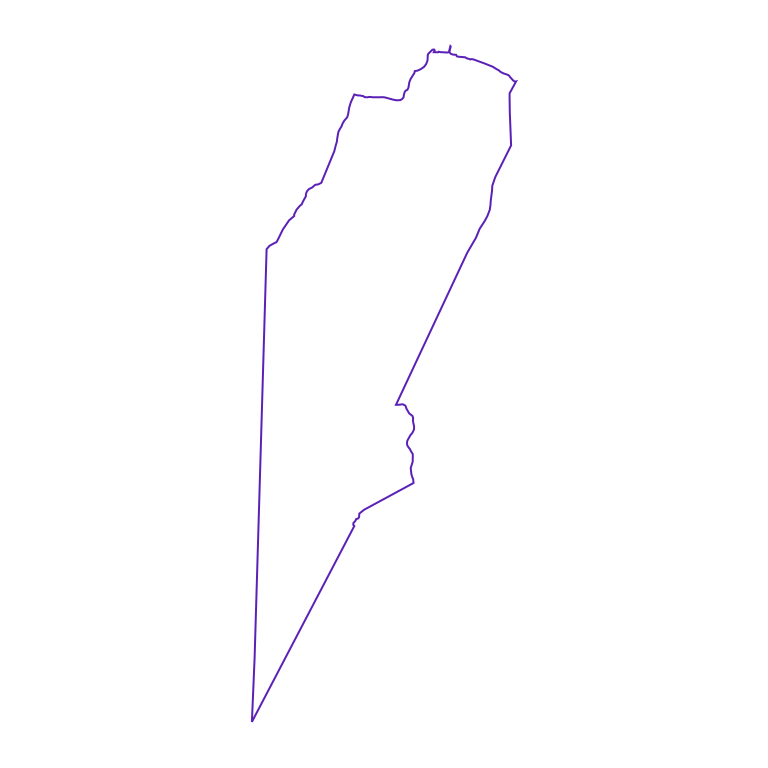 Gagaemauga III, Gaga'emauga, Samoa (Albers equal-area conic projection)
{"feature_id": "51752279B15532907109577", "entity_name": "Gagaemauga III", "entity_type": "district", "adm_level": 2, "iso_a3": "WSM", "parent_name": "Samoa", "parent_adm1": "Gaga'emauga", "projection": "albers", "projection_center": [-172.363, -13.506], "detail": "fine", "context": "isolated", "style": "outline", "palette": "violet", "viewbox_px": 768, "rotation_deg": 0, "n_neighbors": 0, "source": "geoboundaries", "source_scale": "gbopen_adm2", "svg_char_len": 1978}
<svg xmlns="http://www.w3.org/2000/svg" viewBox="0 0 768 768"><path d="M516.1,81.4L515.1,81.6L513.5,80.8L510.0,77.0L509.2,75.7L507.9,74.9L503.5,73.4L500.4,71.8L498.8,70.3L496.5,69.1L492.9,66.8L484.9,63.6L473.4,59.4L471.2,59.1L470.4,59.4L466.5,58.2L465.2,57.3L458.3,56.7L456.8,56.3L456.1,54.8L452.9,54.6L450.6,53.7L449.4,52.0L450.7,46.4L450.4,46.1L448.9,52.0L447.8,52.5L445.1,52.4L440.2,52.1L438.7,51.7L438.0,52.3L433.8,52.2L434.7,50.3L434.0,49.5L432.4,49.7L428.2,53.9L427.7,55.6L427.7,57.8L427.4,60.9L426.0,64.3L424.0,66.9L420.8,69.1L417.6,70.6L414.8,71.1L414.4,73.0L410.7,78.8L409.3,82.3L408.5,87.5L407.4,89.8L405.9,90.5L404.6,92.1L403.8,95.4L403.5,97.5L402.0,99.1L400.3,100.1L396.6,100.3L393.3,99.7L385.2,97.5L383.4,97.2L373.3,97.3L369.5,96.9L367.4,97.3L364.5,97.1L363.5,96.2L360.0,95.5L357.6,95.4L354.3,94.5L353.4,96.6L350.8,102.3L349.2,107.6L348.1,114.3L347.2,117.3L344.4,120.5L342.7,123.3L341.3,126.8L339.9,128.9L338.4,131.9L337.4,137.4L336.8,142.0L335.8,145.2L334.3,151.2L321.3,182.8L318.2,184.4L315.2,184.8L312.3,187.4L308.9,189.1L306.9,191.4L305.9,194.2L305.9,196.2L302.9,201.6L301.8,204.2L299.7,206.0L296.6,209.6L294.1,214.7L294.2,216.0L289.1,220.3L282.9,229.4L278.0,239.4L276.4,242.3L274.9,242.8L269.5,245.8L266.6,249.2L259.1,505.7L254.6,658.0L251.9,721.9L354.3,526.0L353.3,524.9L353.4,523.1L355.6,520.6L356.0,519.2L358.3,518.4L359.1,517.0L359.3,513.6L364.0,509.8L413.5,483.0L413.2,479.2L412.2,477.0L411.4,474.2L410.7,468.1L412.7,461.7L412.8,454.8L412.5,453.5L411.2,451.7L409.9,449.0L408.4,447.2L407.2,445.1L407.0,442.8L407.3,440.8L410.3,435.3L412.5,432.7L414.0,429.4L414.1,426.6L413.0,421.2L413.1,417.7L412.4,415.9L409.1,413.3L406.4,408.5L405.7,406.3L404.8,405.2L402.6,404.3L398.4,404.8L396.0,404.8L467.3,252.6L475.3,238.9L475.9,237.9L479.7,228.7L484.8,220.9L487.4,216.0L489.8,209.7L490.5,204.6L490.8,200.2L492.0,191.0L492.3,185.8L495.1,177.5L496.0,175.6L511.1,145.4L509.8,112.4L509.6,99.3L509.6,93.3L516.1,81.4Z" fill="none" stroke="#5b21b6" stroke-width="2"/></svg>